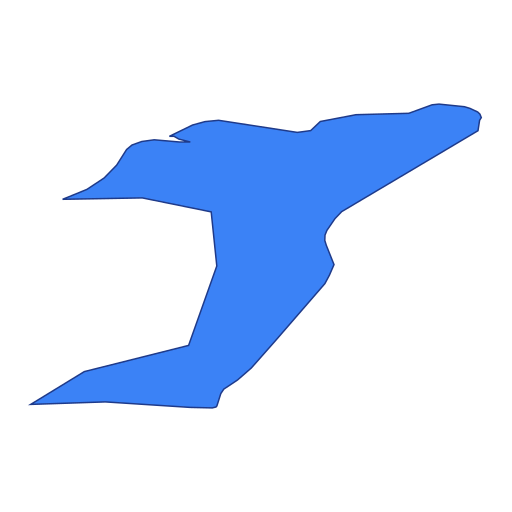 the border of Höfuðborgarsvæði
{"feature_id": "ISL-709", "entity_name": "Höfuðborgarsvæði", "entity_type": "Region", "adm_level": 1, "iso_a3": "ISL", "parent_name": "Iceland", "parent_adm1": "", "projection": "robinson", "projection_center": [-21.536, 64.199], "detail": "fine", "context": "isolated", "style": "filled", "palette": "blue", "viewbox_px": 512, "rotation_deg": 0, "n_neighbors": 0, "source": "natural_earth", "source_scale": "10m", "svg_char_len": 799}
<svg xmlns="http://www.w3.org/2000/svg" viewBox="0 0 512 512"><path d="M62.6,199.3L86.9,189.4L104.1,178.0L116.7,165.1L126.6,149.5L132.0,145.0L141.8,141.5L154.2,139.8L179.6,142.0L190.3,142.0L178.9,139.1L174.0,136.3L169.4,136.3L192.6,125.0L205.0,121.6L218.6,120.3L297.3,132.4L310.7,130.6L320.3,121.5L356.0,114.7L408.8,113.3L432.1,104.8L439.0,104.1L464.4,106.7L470.0,108.4L477.7,112.0L479.9,114.1L481.3,117.6L479.6,120.3L478.0,130.7L341.7,211.6L335.0,218.6L326.9,230.4L325.0,235.1L324.8,240.5L326.3,245.3L334.0,264.6L329.4,275.2L324.9,283.6L275.0,341.2L251.3,368.0L237.5,380.0L223.8,389.1L220.8,393.6L216.9,405.9L216.0,407.0L212.3,407.9L190.2,407.4L105.3,401.9L30.7,404.4L84.3,371.6L188.6,345.4L216.8,266.0L211.2,211.9L142.3,197.9L62.6,199.3Z" fill="#3b82f6" stroke="#1e3a8a" stroke-width="1.5"/></svg>